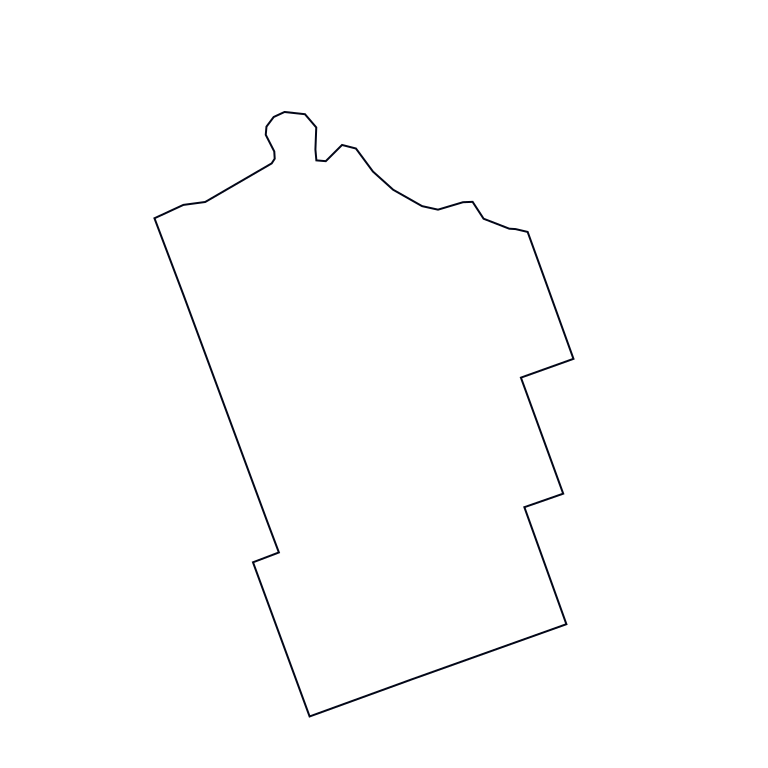 Pope, Arkansas, United States of America (orthographic projection), rotated 159°
{"feature_id": "52423323B50605624473743", "entity_name": "Pope", "entity_type": "district", "adm_level": 2, "iso_a3": "USA", "parent_name": "United States of America", "parent_adm1": "Arkansas", "projection": "orthographic", "projection_center": [-93.077, 35.423], "detail": "fine", "context": "isolated", "style": "outline", "palette": "ink", "viewbox_px": 768, "rotation_deg": 159, "n_neighbors": 0, "source": "geoboundaries", "source_scale": "gbopen_adm2", "svg_char_len": 668}
<svg xmlns="http://www.w3.org/2000/svg" viewBox="0 0 768 768"><g transform="rotate(159 384 384)"><path d="M572.6,100.3L463.7,98.3L299.8,94.4L297.1,218.7L256.0,217.4L254.1,327.2L253.9,340.9L198.1,339.6L196.4,422.1L195.4,474.5L205.7,481.5L211.4,484.1L231.8,502.6L236.0,522.3L245.1,525.4L271.1,527.4L284.7,536.4L305.8,562.0L318.2,586.3L325.8,613.9L337.5,622.2L358.5,612.9L367.0,617.0L364.0,627.5L355.3,647.8L361.1,664.2L379.4,673.6L391.3,672.8L401.5,666.4L405.1,659.0L403.1,640.4L405.3,633.5L409.8,630.2L485.7,618.0L507.1,623.1L538.9,621.0L539.3,538.2L541.7,346.1L542.3,298.1L542.5,264.4L570.2,264.5L572.6,100.3Z" fill="none" stroke="#020617" stroke-width="2"/></g></svg>